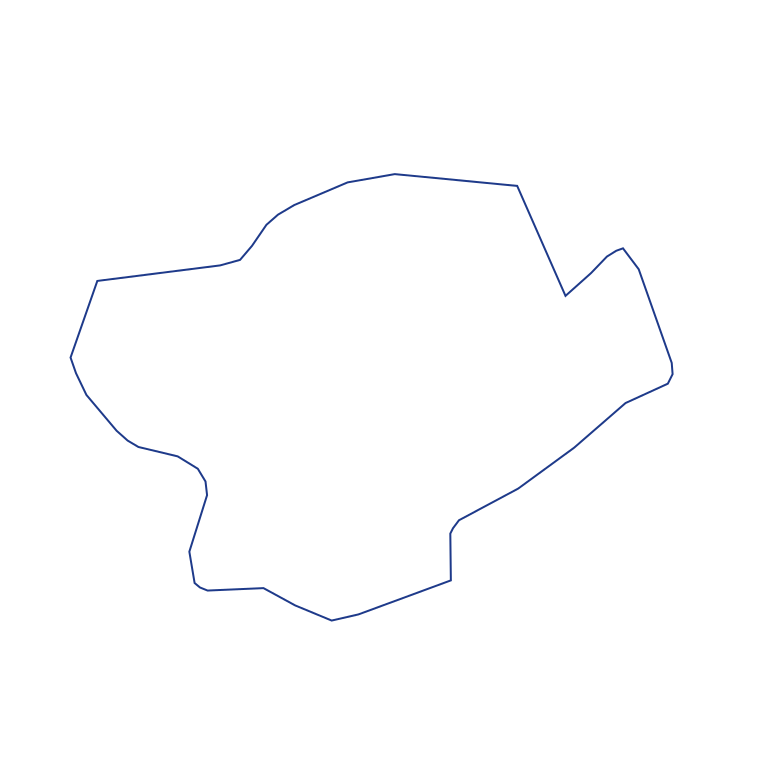 the Municipality of Phnom Penh, rotated 67°
{"feature_id": "KHM-1789", "entity_name": "Phnom Penh", "entity_type": "Municipality", "adm_level": 1, "iso_a3": "KHM", "parent_name": "Cambodia", "parent_adm1": "", "projection": "mercator", "projection_center": [104.875, 11.558], "detail": "fine", "context": "isolated", "style": "outline", "palette": "blue", "viewbox_px": 768, "rotation_deg": 67, "n_neighbors": 0, "source": "natural_earth", "source_scale": "10m", "svg_char_len": 705}
<svg xmlns="http://www.w3.org/2000/svg" viewBox="0 0 768 768"><g transform="rotate(67 384 384)"><path d="M377.9,104.7L477.0,110.9L487.7,114.5L494.6,122.6L495.9,169.1L516.9,233.8L532.7,301.4L538.7,368.2L543.7,376.8L547.6,381.4L590.9,399.2L586.1,497.6L581.3,524.6L553.1,552.3L524.8,574.7L505.2,627.1L499.4,632.9L493.2,636.1L462.3,628.7L417.2,590.3L404.0,586.4L389.3,588.5L370.0,602.2L346.0,634.7L335.9,642.1L322.6,648.4L277.8,662.2L253.7,663.3L237.2,662.2L177.1,607.6L210.8,488.5L213.5,468.0L205.3,451.6L191.5,430.0L186.7,415.4L184.2,396.7L184.2,338.7L195.0,292.1L253.7,184.0L373.8,182.5L362.8,150.1L353.8,129.0L352.1,118.2L352.5,111.0L377.9,104.7Z" fill="none" stroke="#1e3a8a" stroke-width="2"/></g></svg>